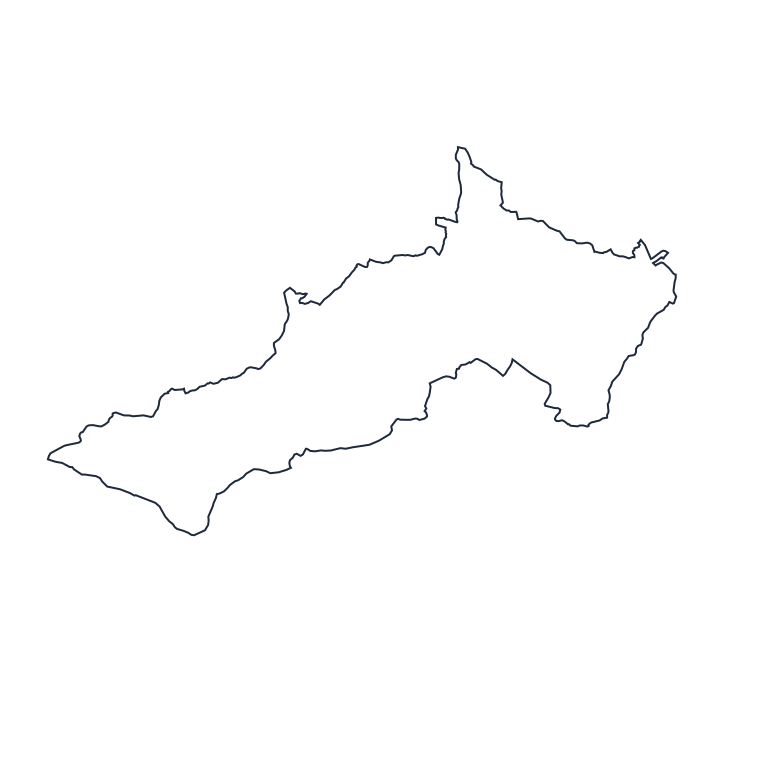 Tomesti, Hunedoara, Romania (Robinson projection), rotated 227°
{"feature_id": "2599482B69537479715254", "entity_name": "Tomesti", "entity_type": "district", "adm_level": 2, "iso_a3": "ROU", "parent_name": "Romania", "parent_adm1": "Hunedoara", "projection": "robinson", "projection_center": [22.675, 46.258], "detail": "fine", "context": "isolated", "style": "outline", "palette": "slate", "viewbox_px": 768, "rotation_deg": 227, "n_neighbors": 0, "source": "geoboundaries", "source_scale": "gbopen_adm2", "svg_char_len": 6158}
<svg xmlns="http://www.w3.org/2000/svg" viewBox="0 0 768 768"><g transform="rotate(227 384 384)"><path d="M314.3,670.1L314.1,668.9L313.5,668.6L313.9,666.0L311.3,666.0L311.1,664.9L310.5,664.1L311.2,661.8L311.8,661.4L312.4,659.7L311.0,658.3L311.5,657.3L311.3,656.5L310.0,655.3L307.8,655.1L305.9,653.6L307.4,652.3L308.8,648.8L312.3,647.1L314.4,645.8L316.7,643.4L321.9,640.6L324.0,640.6L327.9,641.6L328.9,636.9L330.3,634.6L330.3,633.6L333.0,631.1L336.6,628.9L337.1,628.0L343.4,630.9L346.1,630.6L348.8,629.0L351.8,624.7L355.4,621.1L358.4,621.0L360.1,620.3L364.8,616.1L367.2,615.6L375.9,616.5L378.5,614.8L386.0,611.6L394.8,611.4L396.6,609.8L397.8,607.5L404.5,604.5L406.2,603.0L413.1,594.5L418.6,597.7L419.8,598.1L423.2,594.1L425.6,593.7L427.1,592.1L430.6,591.1L435.2,591.0L435.5,594.4L435.9,594.9L442.5,598.9L445.1,601.8L447.3,603.2L451.3,607.7L454.7,605.6L457.4,605.0L457.9,604.2L466.8,601.9L474.8,601.3L482.0,597.9L482.9,598.4L485.8,597.9L486.8,599.3L491.9,601.6L495.9,603.0L500.7,603.8L506.8,599.6L505.0,598.0L502.6,592.8L499.9,590.3L498.0,589.8L495.5,589.9L493.6,589.1L489.6,585.3L487.4,582.4L482.7,578.7L477.3,575.8L471.8,571.4L470.7,570.1L468.3,565.6L464.7,560.7L462.6,558.9L462.1,557.4L460.9,555.6L460.8,553.8L460.4,553.3L458.2,552.4L455.1,549.7L452.4,548.3L452.4,547.8L453.8,546.8L460.2,543.5L461.0,542.4L463.2,541.2L464.0,541.5L465.2,540.7L465.8,539.5L468.8,537.0L470.0,535.3L465.2,530.9L462.8,531.9L456.3,535.8L455.2,534.2L453.5,533.4L452.7,532.3L451.4,532.0L450.3,530.3L449.1,529.7L448.8,527.3L447.2,524.6L445.8,523.4L444.7,521.1L443.0,518.8L440.8,512.6L442.3,512.0L449.5,512.8L451.6,512.1L453.2,510.8L453.8,508.9L453.6,506.1L452.0,503.3L452.9,500.3L455.3,495.6L456.8,494.6L456.9,493.6L457.7,492.4L462.2,489.3L463.3,487.5L465.9,485.3L470.6,479.2L470.7,478.3L469.4,473.7L470.0,470.1L471.3,469.0L473.3,465.4L474.9,464.7L478.7,461.6L484.7,458.6L484.2,458.0L483.7,454.8L481.7,452.8L481.2,451.2L482.6,449.9L488.9,447.3L489.6,446.5L489.4,444.6L488.6,444.3L488.3,443.7L488.6,442.3L487.8,440.4L487.5,436.3L486.6,432.0L487.0,428.2L485.8,423.8L486.1,423.3L484.8,418.6L485.5,414.3L486.3,412.2L485.9,404.6L486.6,398.1L485.7,391.0L487.6,390.7L494.4,387.0L495.0,383.8L496.5,380.8L499.2,379.4L500.4,377.8L502.5,378.7L503.3,381.8L502.5,382.7L502.0,385.4L502.7,388.9L503.7,388.3L505.0,385.9L508.1,384.2L508.8,382.6L510.3,381.2L512.6,381.8L518.5,380.8L519.1,376.3L518.9,373.2L509.1,367.4L505.8,366.0L503.2,363.5L499.9,361.9L497.5,358.7L496.4,356.5L495.4,352.2L491.0,347.1L489.1,342.1L488.3,337.9L489.1,331.5L487.1,329.6L482.4,327.3L480.5,325.7L480.7,321.9L480.4,318.4L480.8,313.1L479.9,308.7L479.7,304.2L480.6,302.3L482.5,301.4L487.2,297.9L488.0,296.6L488.8,294.0L487.8,289.1L488.3,287.3L488.3,284.8L489.4,281.5L490.4,279.2L492.0,277.9L492.3,276.6L494.0,275.3L495.5,271.3L498.1,268.8L498.2,263.4L500.4,259.5L503.7,257.9L504.0,256.0L504.8,255.3L505.0,251.9L507.7,247.3L507.7,243.9L508.4,241.3L510.0,239.4L511.1,237.0L511.2,235.1L512.5,232.5L515.4,233.4L517.0,234.5L517.6,232.8L522.3,226.9L525.2,225.8L525.5,225.2L525.2,222.0L525.6,220.6L524.6,220.0L526.5,216.9L526.4,211.6L524.9,208.2L522.1,204.8L520.0,201.2L519.9,199.1L517.9,193.1L518.8,191.1L525.1,186.7L531.5,178.5L534.5,176.4L538.4,172.4L546.0,168.5L547.4,166.0L547.2,165.0L546.2,164.3L545.6,163.1L546.0,160.0L545.1,157.7L544.3,156.7L544.7,152.2L545.7,148.5L547.1,147.0L552.3,143.2L554.9,140.2L555.6,138.5L555.7,137.1L554.3,130.9L555.1,129.6L555.0,127.9L553.7,125.6L550.6,124.5L549.3,123.7L549.0,123.0L549.2,121.1L549.8,119.9L556.2,109.4L557.1,107.2L560.8,92.8L559.9,89.8L558.1,86.8L551.2,90.7L545.7,94.8L537.5,97.6L535.9,99.3L532.7,99.1L523.7,101.3L521.9,103.4L512.9,110.6L509.0,112.1L504.5,111.4L497.8,111.6L487.0,119.2L477.3,123.9L472.7,125.3L472.0,126.6L453.1,135.7L447.4,136.3L436.4,133.6L430.2,133.3L425.4,134.0L421.9,133.4L419.2,133.8L413.2,137.3L408.6,139.4L405.1,140.2L402.9,142.0L399.1,153.3L400.9,159.3L403.6,162.5L406.8,165.1L411.4,175.5L413.1,178.1L415.2,183.2L417.5,186.7L416.1,188.9L414.6,193.7L414.7,198.7L415.2,202.3L414.5,208.6L413.1,211.7L412.0,217.5L412.4,222.1L410.5,230.7L406.7,234.3L400.7,238.3L396.3,240.0L391.3,246.7L387.8,253.9L386.2,258.8L387.9,259.0L390.8,260.9L392.4,263.2L392.3,267.2L393.5,270.3L392.5,272.6L388.3,274.0L387.8,276.7L389.9,282.7L389.1,283.5L385.3,284.5L381.8,287.6L378.6,292.4L375.2,295.5L371.6,299.8L366.8,308.4L362.8,311.8L359.1,317.9L349.5,331.9L346.0,341.6L343.4,353.9L344.6,358.2L348.0,360.4L349.5,368.9L349.0,370.4L346.6,371.7L339.8,378.9L337.5,383.2L335.7,384.8L334.0,385.1L333.4,385.6L331.0,390.1L330.9,393.2L331.4,393.9L334.5,395.4L336.5,395.2L337.2,398.2L339.9,399.0L343.3,405.3L344.4,408.7L346.6,411.7L350.2,416.2L353.3,417.9L348.9,431.3L347.3,434.6L344.8,436.7L340.1,439.0L339.7,440.1L339.8,441.1L341.9,443.6L343.1,444.0L345.3,447.5L344.0,449.3L344.7,450.2L345.2,453.5L342.7,456.9L341.6,461.5L340.4,461.7L339.7,467.9L338.5,469.5L328.5,473.2L322.5,474.1L317.9,475.6L308.8,476.6L308.7,479.6L310.0,483.7L310.9,488.2L312.2,491.7L314.4,494.8L292.0,498.6L280.0,501.8L273.4,504.5L269.7,504.8L263.8,499.6L262.0,495.2L259.9,488.0L258.2,487.1L249.9,492.5L247.6,494.8L245.1,495.5L243.4,492.9L243.2,488.3L242.2,485.5L241.4,484.9L239.6,484.8L237.7,486.4L236.0,489.6L233.1,490.6L229.0,491.1L228.6,491.8L226.1,492.1L221.0,496.7L220.1,499.0L217.8,501.4L214.1,503.8L213.7,505.1L214.8,505.8L214.6,509.1L210.3,516.8L209.7,520.5L207.2,524.2L209.3,526.2L210.0,528.4L211.2,529.8L216.6,533.9L217.8,537.0L220.3,540.1L222.2,541.7L226.3,543.9L227.8,548.6L230.0,552.5L230.8,562.6L232.6,567.6L236.3,574.8L236.8,578.8L237.6,582.1L234.8,586.3L234.4,587.7L235.5,590.1L237.9,592.4L238.7,595.6L237.5,598.7L238.2,600.3L240.8,604.4L243.6,606.4L244.5,608.0L244.9,609.7L245.0,615.5L247.6,620.6L248.0,622.0L249.2,629.0L249.3,631.7L247.5,639.2L248.4,642.2L248.1,644.9L249.4,648.6L245.8,650.1L245.4,651.2L248.7,657.4L253.7,658.6L255.3,659.9L260.6,666.4L262.3,669.3L265.1,672.0L265.9,671.4L267.7,671.0L274.1,671.5L281.9,670.8L283.8,669.6L285.2,665.1L285.4,663.5L289.0,663.3L288.0,667.4L287.6,672.7L287.1,673.6L286.3,673.3L285.1,674.0L285.7,675.4L286.2,681.2L289.5,680.4L291.2,678.9L291.7,677.0L292.9,665.9L293.4,664.5L307.5,669.6L314.3,670.1Z" fill="none" stroke="#1e293b" stroke-width="2"/></g></svg>